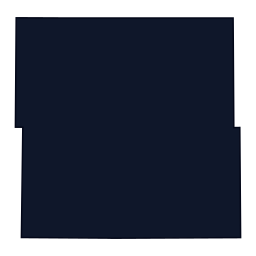 the district of Stutsman, North Dakota, United States of America
{"feature_id": "52423323B9912290141920", "entity_name": "Stutsman", "entity_type": "district", "adm_level": 2, "iso_a3": "USA", "parent_name": "United States of America", "parent_adm1": "North Dakota", "projection": "orthographic", "projection_center": [-98.962, 46.979], "detail": "fine", "context": "isolated", "style": "filled", "palette": "ink", "viewbox_px": 256, "rotation_deg": 0, "n_neighbors": 0, "source": "geoboundaries", "source_scale": "gbopen_adm2", "svg_char_len": 288}
<svg xmlns="http://www.w3.org/2000/svg" viewBox="0 0 256 256"><path d="M16.2,17.8L15.4,127.2L22.8,127.2L21.4,237.5L110.2,238.1L111.0,238.2L240.6,237.6L239.8,127.5L233.8,127.6L233.3,45.2L233.1,18.0L226.3,18.0L62.1,18.0L16.2,17.8Z" fill="#0f172a" stroke="#020617" stroke-width="1.5"/></svg>